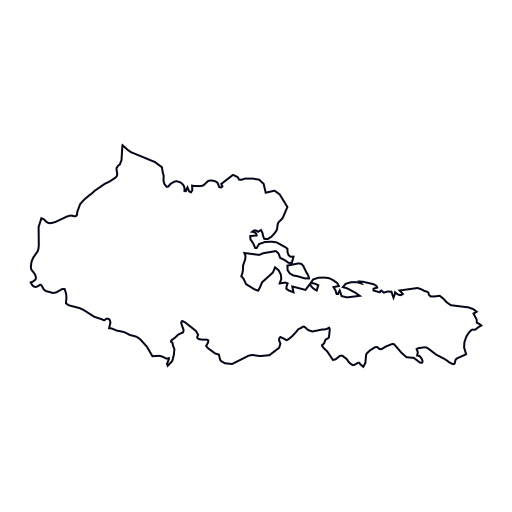 an SVG outline of Holguín
{"feature_id": "CUB-1367", "entity_name": "Holguín", "entity_type": "Province", "adm_level": 1, "iso_a3": "CUB", "parent_name": "Cuba", "parent_adm1": "", "projection": "robinson", "projection_center": [-75.695, 20.824], "detail": "fine", "context": "isolated", "style": "outline", "palette": "ink", "viewbox_px": 512, "rotation_deg": 0, "n_neighbors": 0, "source": "natural_earth", "source_scale": "10m", "svg_char_len": 6063}
<svg xmlns="http://www.w3.org/2000/svg" viewBox="0 0 512 512"><path d="M122.5,145.2L127.7,149.9L131.0,152.2L154.8,162.0L161.9,167.2L162.9,173.3L163.7,175.4L163.5,180.9L164.4,184.0L166.6,186.8L168.2,186.6L170.4,184.0L174.0,181.8L176.5,181.2L179.8,182.1L182.0,183.6L183.6,185.4L184.5,187.9L184.5,191.1L185.9,191.1L186.3,189.9L187.5,187.4L189.1,191.4L191.0,192.3L192.3,190.3L192.1,185.6L194.0,186.0L200.0,186.1L202.9,185.6L204.3,184.6L207.8,181.2L209.7,180.5L212.5,180.6L215.3,181.3L217.4,182.6L219.3,187.1L221.2,187.5L222.4,186.4L221.2,184.0L232.8,175.0L234.0,175.3L237.4,177.0L238.1,177.7L239.0,179.6L241.2,179.8L245.1,178.6L252.9,178.6L259.2,179.7L263.6,183.8L265.7,192.7L274.5,190.7L279.6,194.3L287.4,207.0L282.8,217.7L281.5,219.5L279.0,221.7L278.1,223.1L277.6,224.8L277.1,228.7L276.7,230.2L274.7,233.1L271.6,236.6L267.9,239.0L264.3,238.9L263.2,236.4L262.3,232.5L260.9,230.0L258.1,231.8L256.3,230.6L254.8,230.3L253.5,230.8L252.2,231.8L254.0,232.1L255.3,232.7L256.2,233.7L256.6,235.5L250.3,236.0L250.4,239.2L253.3,243.6L255.2,248.0L256.6,248.0L259.1,244.0L265.0,242.0L271.8,241.7L276.7,242.4L286.0,247.6L287.4,248.8L287.6,252.4L288.6,255.2L290.4,256.7L293.5,256.7L291.8,262.9L288.6,262.9L285.0,260.3L282.0,258.7L280.3,258.0L279.6,256.5L279.0,254.6L278.1,253.0L276.4,251.6L275.7,251.1L263.4,253.2L259.1,254.9L244.4,253.0L245.5,256.0L245.2,259.3L243.0,265.6L243.1,267.1L242.9,270.4L242.3,273.5L241.3,276.2L243.4,278.5L246.0,284.1L254.6,289.4L258.1,290.7L259.7,287.9L262.1,282.3L272.9,272.5L275.1,267.3L278.7,270.4L280.8,274.4L281.3,278.9L279.7,283.4L285.5,282.6L287.6,283.4L286.6,286.2L286.3,288.7L288.6,290.4L293.5,292.3L292.3,286.5L305.5,289.9L309.0,285.2L310.4,285.2L311.5,286.6L312.9,288.1L314.7,289.4L316.7,290.5L318.3,285.2L314.6,283.6L312.7,283.2L310.4,283.4L313.2,279.4L318.6,277.7L324.4,277.6L328.8,278.1L332.7,279.9L337.3,283.1L338.9,286.0L333.5,287.1L335.5,290.4L336.6,294.0L338.1,294.0L338.4,292.9L339.7,290.5L341.6,296.1L347.1,297.4L359.7,295.8L355.8,293.0L347.3,288.4L342.9,287.1L345.7,283.8L351.2,282.2L357.1,282.2L361.3,283.4L359.7,281.5L363.2,281.8L373.6,284.2L376.4,285.9L377.2,287.6L373.5,288.7L373.5,290.5L379.8,292.3L380.2,291.7L380.5,291.0L381.2,290.5L383.8,292.6L387.7,291.5L391.4,291.7L393.5,297.7L394.9,294.0L395.1,292.3L397.2,294.0L399.2,295.0L401.1,295.1L402.8,294.0L399.6,290.5L417.6,288.0L422.0,289.6L424.2,290.9L426.5,291.5L428.3,292.5L429.0,294.9L430.6,296.4L434.2,296.5L439.7,295.8L443.4,298.7L446.6,302.2L450.8,305.2L468.5,307.4L473.2,309.1L476.7,311.7L474.4,313.1L473.5,313.5L476.7,319.7L476.8,322.5L477.4,323.2L478.3,323.3L479.8,324.3L481.3,325.5L478.5,327.1L475.5,329.5L474.8,329.7L472.1,329.7L471.3,330.2L469.6,331.8L468.4,333.3L466.8,335.8L465.7,338.3L464.4,342.4L464.1,347.4L466.1,354.3L457.0,358.4L455.7,359.6L455.1,361.4L454.8,362.9L454.5,363.7L453.6,364.2L452.2,363.8L449.2,362.3L446.9,360.5L444.4,358.9L436.2,354.7L428.6,348.8L426.4,347.5L424.4,347.3L418.3,348.2L417.1,348.7L416.6,349.1L417.7,351.9L417.8,352.6L417.3,354.4L417.2,355.6L419.3,355.9L420.6,357.2L421.4,358.3L422.3,360.2L422.5,360.9L422.5,361.6L422.2,362.6L421.3,362.8L419.9,362.5L413.8,357.9L406.5,357.2L401.5,352.8L395.1,345.4L393.8,344.1L392.5,344.0L391.1,344.4L385.9,346.5L381.8,349.0L380.4,349.2L379.3,348.9L377.4,347.2L376.2,347.0L374.7,347.4L369.7,350.6L366.6,353.6L366.1,355.0L365.4,362.8L363.3,366.8L360.1,364.1L359.7,363.3L358.9,362.7L358.1,362.8L354.0,365.0L353.0,365.1L352.0,364.7L350.0,363.3L348.5,361.8L347.4,360.0L346.2,358.6L344.0,357.1L343.1,356.1L341.6,355.6L339.9,355.9L335.6,359.3L333.0,360.0L327.2,351.4L323.7,348.1L322.2,346.0L322.0,345.1L323.7,343.8L324.3,342.9L324.9,341.1L325.3,340.2L325.9,339.4L328.2,338.2L328.6,337.9L329.0,336.6L329.7,330.3L329.6,328.5L329.1,327.7L327.1,328.8L325.9,329.2L325.0,329.4L322.2,329.5L312.4,331.5L308.2,330.1L304.6,326.9L303.4,326.6L302.4,326.9L301.7,327.6L300.8,328.1L299.5,328.6L297.9,329.6L297.1,330.8L292.6,335.8L289.2,338.7L287.5,339.8L286.5,340.2L283.6,338.5L282.2,337.9L280.5,337.0L280.0,337.3L279.4,338.2L279.1,339.2L279.0,340.0L279.3,340.8L280.4,343.7L279.1,347.8L269.4,355.2L259.8,356.1L252.7,355.0L250.2,355.3L248.4,355.8L232.1,364.0L225.0,363.3L221.3,361.2L220.4,360.3L219.8,358.7L218.9,354.6L215.2,353.5L208.5,348.6L206.9,347.0L206.1,346.0L206.9,344.7L208.1,342.4L208.3,340.6L207.7,339.9L206.2,339.6L203.4,339.7L199.5,339.3L197.9,338.5L197.1,337.5L198.1,334.8L196.0,331.0L185.3,322.5L182.3,321.0L181.7,321.3L181.2,322.9L181.8,325.1L183.4,329.3L183.5,331.0L183.0,332.4L179.0,334.2L177.9,334.9L175.0,337.7L171.5,340.2L171.0,341.1L171.1,341.8L171.9,342.1L172.5,342.9L172.9,345.3L174.4,349.2L173.8,355.1L172.4,360.6L171.9,361.4L167.7,365.8L167.0,363.8L168.7,359.7L168.9,358.6L168.8,358.1L167.6,358.5L166.6,358.6L165.5,358.2L163.4,357.1L161.7,356.4L159.8,355.9L157.8,355.9L152.4,356.2L146.9,346.7L140.2,339.3L137.9,337.6L135.9,336.5L129.9,335.0L125.3,332.6L122.5,331.7L116.8,330.6L111.8,328.5L109.1,328.2L110.4,322.7L110.2,321.4L109.5,319.6L108.7,319.0L107.3,318.6L106.2,318.9L104.5,320.2L103.8,320.2L101.9,319.3L94.1,316.7L83.7,310.0L79.6,308.1L69.1,305.4L67.1,304.2L66.0,303.3L66.0,302.2L66.4,298.3L66.3,295.3L66.0,293.4L64.7,289.1L62.3,289.0L56.2,292.4L54.0,292.9L51.8,292.8L50.1,292.1L46.9,291.4L45.1,290.6L43.6,289.2L41.6,285.5L40.8,284.8L40.0,284.8L37.9,286.2L35.7,287.0L34.0,286.6L32.8,285.7L31.8,284.5L30.7,282.4L32.9,281.6L35.1,279.9L35.8,278.7L35.9,277.2L35.1,274.6L33.9,272.8L31.5,269.9L31.0,268.4L30.9,266.4L31.3,263.0L31.9,260.6L33.5,257.2L37.6,251.4L38.4,249.0L38.8,245.3L38.6,227.0L41.4,218.2L44.1,219.5L46.3,221.7L47.6,222.6L48.6,223.0L49.9,223.2L51.5,223.0L55.1,222.1L67.0,216.5L69.9,215.7L72.0,215.6L73.3,216.1L74.4,216.3L76.0,216.1L76.8,215.3L77.4,211.5L80.1,204.2L84.3,199.5L89.9,194.8L91.2,194.0L94.8,190.7L104.8,183.8L109.6,181.5L115.7,177.5L116.9,175.8L117.3,174.1L116.5,169.5L116.6,167.9L117.8,166.2L118.6,165.3L119.8,164.5L121.5,160.2L122.4,145.5L122.5,145.2ZM301.2,263.8L303.2,265.8L306.4,272.4L308.2,275.3L309.0,278.4L304.8,278.4L297.4,276.2L293.4,275.5L289.9,273.5L287.6,270.2L287.4,265.6L298.5,263.4L301.2,263.8Z" fill="none" stroke="#020617" stroke-width="2"/></svg>